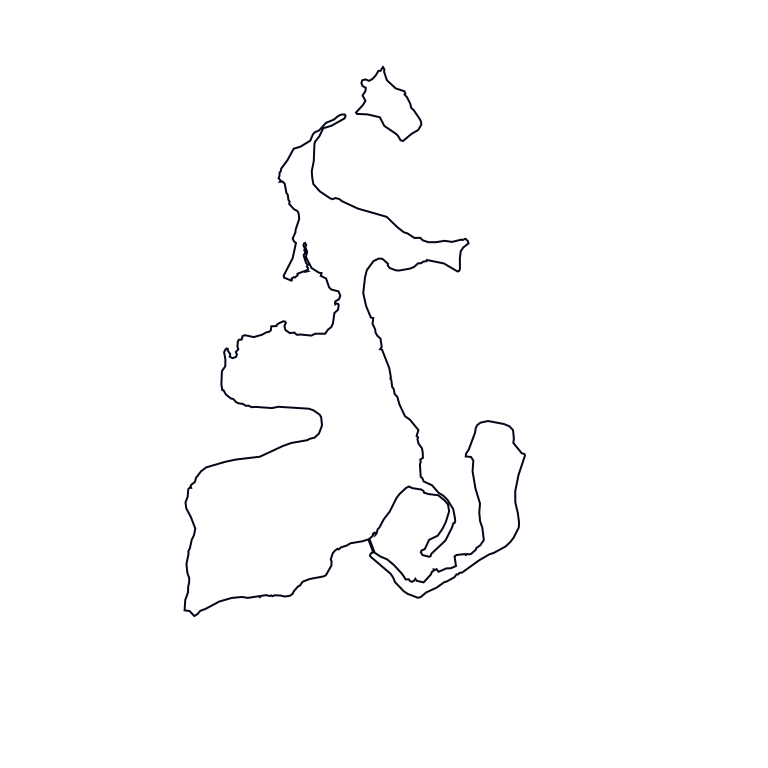 Pangaimotu, Vava'u, Tonga (Albers equal-area conic projection), rotated 204°
{"feature_id": "48082658B58897341989636", "entity_name": "Pangaimotu", "entity_type": "district", "adm_level": 2, "iso_a3": "TON", "parent_name": "Tonga", "parent_adm1": "Vava'u", "projection": "albers", "projection_center": [-174.001, -18.686], "detail": "fine", "context": "isolated", "style": "outline", "palette": "ink", "viewbox_px": 768, "rotation_deg": 204, "n_neighbors": 0, "source": "geoboundaries", "source_scale": "gbopen_adm2", "svg_char_len": 6163}
<svg xmlns="http://www.w3.org/2000/svg" viewBox="0 0 768 768"><g transform="rotate(204 384 384)"><path d="M271.2,350.3L267.6,340.3L258.0,325.8L247.7,313.9L244.6,305.1L240.3,297.6L235.7,292.7L229.3,282.0L230.5,275.7L233.0,271.6L232.7,270.0L235.3,264.3L236.5,263.1L239.5,262.3L239.6,261.1L241.1,261.4L248.2,257.3L249.4,255.2L244.2,247.0L248.1,242.8L251.9,241.0L257.8,234.7L260.8,236.2L261.8,234.9L263.3,234.8L262.8,233.3L263.9,231.6L263.7,229.1L267.1,218.9L274.0,217.5L276.1,218.8L276.6,216.4L278.1,214.6L280.2,214.6L281.9,215.7L284.7,214.3L290.3,217.9L301.4,222.7L310.0,225.1L316.9,224.9L323.9,226.1L334.4,236.6L332.4,241.0L333.2,242.6L332.1,244.5L331.0,244.4L330.5,242.8L330.0,244.4L330.7,248.8L329.8,251.2L329.2,260.3L326.9,269.7L326.2,284.8L325.1,289.7L321.6,298.0L319.5,300.5L315.7,300.4L306.9,302.8L304.3,302.3L303.3,301.0L298.7,301.5L289.3,304.4L281.4,302.3L276.5,300.0L272.7,294.1L271.4,283.3L271.6,276.0L273.2,267.3L279.4,260.0L279.6,249.7L281.9,247.3L282.0,245.3L279.3,243.4L272.6,244.5L271.4,245.7L271.7,248.1L264.2,266.0L263.5,280.5L264.0,285.0L263.0,285.7L263.3,288.0L265.3,291.3L269.9,297.9L278.9,304.0L284.4,306.1L289.9,306.8L298.9,311.0L308.0,311.1L311.0,313.8L312.7,314.1L318.5,325.2L318.7,327.6L320.1,329.7L318.4,332.4L320.8,337.2L323.2,340.7L328.1,343.5L330.9,347.0L331.2,349.1L333.1,349.8L333.8,355.9L345.9,362.0L351.7,363.1L361.9,371.9L366.5,377.6L370.3,379.3L373.0,383.3L375.3,384.6L379.0,390.7L380.4,391.6L380.4,392.9L385.7,400.7L399.8,414.6L401.7,414.2L401.2,417.0L405.6,424.0L409.8,425.4L412.6,427.5L414.3,430.3L419.0,434.4L420.6,439.9L422.9,439.3L432.1,448.0L439.9,458.5L444.7,473.6L446.0,481.1L443.6,492.0L439.8,496.5L436.3,497.7L429.2,495.4L428.9,493.9L426.0,492.3L419.7,492.6L416.5,493.7L406.9,500.2L404.1,503.3L401.9,508.2L399.4,509.3L397.9,511.8L395.1,513.5L395.3,514.7L378.3,518.5L362.6,516.7L361.4,517.8L361.4,520.0L365.8,529.6L367.9,536.5L367.1,541.0L364.0,546.8L365.5,548.7L368.7,549.8L370.8,547.4L372.0,547.4L379.6,541.5L387.0,539.4L394.3,534.6L401.2,531.6L407.1,531.0L410.3,532.3L415.6,529.8L423.8,531.1L427.7,530.7L435.7,532.7L449.6,537.8L479.4,533.6L496.6,533.9L500.2,534.8L504.0,534.1L506.2,531.9L508.7,531.7L521.1,533.9L529.8,537.9L533.5,543.3L536.5,548.9L538.9,559.3L545.2,575.0L545.5,577.5L543.8,584.0L543.5,592.9L537.0,598.6L528.0,610.7L528.2,613.5L529.7,614.2L532.6,612.8L535.0,609.9L537.4,605.1L543.2,599.0L546.4,589.3L549.6,585.8L550.5,583.1L550.3,576.3L556.9,566.8L562.2,562.2L563.3,548.7L565.5,539.0L564.8,536.1L565.4,534.6L564.1,531.5L564.0,529.1L560.8,527.6L561.2,526.5L558.8,527.7L556.1,526.5L550.9,518.9L548.8,517.6L546.3,513.4L544.5,512.3L543.8,509.9L537.5,507.1L533.5,506.8L531.4,505.2L528.6,500.3L527.5,489.1L526.6,486.4L526.6,479.8L524.6,477.9L521.8,477.0L518.6,461.9L519.7,442.3L518.6,440.6L510.7,440.7L510.4,441.7L511.3,442.8L509.8,445.0L508.7,445.0L507.2,448.1L507.9,449.5L503.3,454.1L501.7,454.3L499.5,456.1L501.3,456.0L500.3,457.1L500.2,458.7L502.3,459.9L502.0,461.8L504.3,462.7L509.3,468.3L509.8,469.4L509.2,472.2L511.2,473.6L511.5,475.7L514.0,477.8L514.2,479.9L513.5,480.8L511.6,479.3L511.7,477.2L508.0,473.5L507.1,468.8L506.1,467.4L497.3,460.5L488.6,459.2L486.2,459.9L485.8,457.1L479.8,456.8L473.5,450.0L470.5,448.9L463.1,450.1L459.8,446.8L459.6,443.1L462.0,439.9L461.8,438.2L460.9,437.0L460.4,438.1L458.4,438.5L457.5,437.7L456.2,433.2L458.2,428.7L455.3,418.7L455.3,414.6L457.3,410.9L458.2,406.0L467.4,401.9L470.0,398.7L480.3,395.3L483.6,393.5L486.8,394.5L490.8,392.2L496.0,393.2L498.5,396.4L498.5,400.0L500.0,400.8L501.5,400.3L504.5,397.0L506.0,394.4L505.8,393.2L510.4,390.9L509.2,387.0L510.5,384.5L512.1,383.8L515.5,379.4L522.0,373.9L530.9,372.0L532.7,370.3L532.1,366.7L534.6,365.4L534.8,363.3L533.2,358.7L531.2,356.4L532.4,353.0L530.3,351.0L530.2,348.5L532.9,346.0L536.1,346.2L536.6,348.8L540.3,350.9L540.9,352.5L542.3,352.4L543.0,350.5L543.0,348.0L538.9,342.0L536.2,335.6L537.3,329.8L532.4,317.5L529.2,312.6L528.2,313.1L524.1,310.1L518.0,308.5L515.7,309.0L511.9,307.3L508.9,307.2L505.0,308.4L501.3,307.9L499.0,309.1L495.5,309.0L491.9,310.9L476.6,316.4L471.3,320.2L442.8,330.8L437.9,331.3L430.2,329.8L427.8,328.0L423.7,320.7L423.3,312.2L425.6,306.8L429.7,303.6L431.2,301.5L444.7,292.4L451.2,286.2L467.8,267.1L488.5,254.8L497.7,248.1L512.5,235.5L515.6,229.9L517.6,221.8L516.9,217.6L519.1,213.6L519.1,211.9L518.0,210.7L519.4,210.2L520.0,208.2L517.5,201.1L517.2,195.2L514.1,190.0L506.2,183.8L497.6,175.2L496.1,168.5L496.3,163.5L494.5,154.9L494.7,151.5L493.5,149.4L491.3,139.3L486.9,131.6L483.0,127.4L481.2,123.2L480.5,119.4L478.3,113.8L477.7,105.8L474.1,96.1L469.3,97.5L462.9,94.9L460.8,97.9L459.6,102.0L455.8,105.7L446.0,118.3L436.0,126.7L427.1,131.7L421.4,133.2L411.8,139.4L410.7,138.8L410.2,140.4L405.8,143.2L402.6,143.7L400.9,145.0L399.7,144.7L398.1,146.4L392.8,148.6L388.4,149.4L383.9,152.2L382.2,155.0L382.1,157.9L380.2,164.1L378.8,165.6L377.9,170.3L372.6,175.6L360.9,183.7L359.3,185.6L358.2,196.8L359.8,200.7L361.3,202.0L362.0,208.5L361.1,211.7L359.4,214.6L358.2,214.4L356.7,217.4L352.3,221.3L349.8,224.9L339.8,231.5L335.1,235.7L325.2,225.7L326.6,224.9L327.2,222.9L326.9,221.3L325.4,220.6L300.7,213.3L296.8,210.8L293.4,207.5L281.6,202.7L277.1,201.9L266.1,202.5L263.8,204.3L260.7,210.7L253.0,219.5L248.3,227.6L246.6,228.8L241.1,236.1L240.3,239.6L238.9,240.1L238.3,242.0L235.9,243.6L225.4,261.6L218.7,271.0L214.8,274.6L206.8,285.1L204.4,290.9L203.1,296.1L202.5,307.7L204.3,312.4L209.1,320.3L215.9,329.3L220.5,339.4L224.1,355.5L226.1,375.8L227.1,377.1L230.1,376.8L241.9,382.8L243.1,386.8L247.3,394.3L252.2,396.4L258.3,396.2L273.9,392.5L280.2,387.9L282.2,384.2L282.2,380.8L281.0,376.3L279.9,358.7L280.7,353.8L279.9,351.1L274.8,352.7L271.2,350.3ZM518.7,619.7L508.7,623.6L496.3,626.0L488.7,619.9L475.8,617.6L472.6,616.7L468.0,613.4L465.5,613.7L460.4,624.0L456.1,629.9L455.4,635.9L456.8,638.6L459.1,640.6L468.3,646.3L471.2,647.2L474.2,650.9L479.9,655.5L483.0,656.8L482.6,658.0L484.4,659.7L493.6,658.8L504.9,662.7L510.8,669.1L511.7,671.7L513.9,673.1L514.5,668.8L516.4,667.8L517.1,662.4L518.8,657.6L520.9,654.9L524.8,654.7L527.4,652.6L527.1,649.8L524.7,647.5L521.1,647.2L520.1,644.1L520.9,638.9L516.1,635.1L516.7,630.3L520.0,620.7L518.7,619.7Z" fill="none" stroke="#020617" stroke-width="2"/></g></svg>